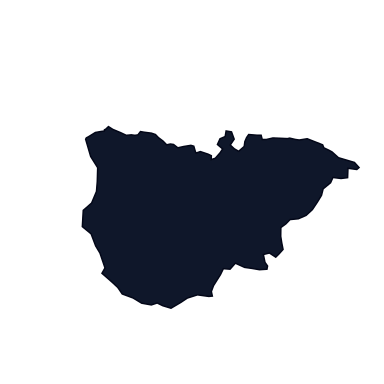 Agios Pavlos, Limassol, Cyprus (Robinson projection), rotated 38°
{"feature_id": "46923920B27663656308874", "entity_name": "Agios Pavlos", "entity_type": "district", "adm_level": 2, "iso_a3": "CYP", "parent_name": "Cyprus", "parent_adm1": "Limassol", "projection": "robinson", "projection_center": [33.049, 34.872], "detail": "fine", "context": "isolated", "style": "filled", "palette": "ink", "viewbox_px": 384, "rotation_deg": 38, "n_neighbors": 0, "source": "geoboundaries", "source_scale": "gbopen_adm2", "svg_char_len": 1685}
<svg xmlns="http://www.w3.org/2000/svg" viewBox="0 0 384 384"><g transform="rotate(38 192 192)"><path d="M308.6,69.9L301.8,68.7L286.3,74.8L277.7,74.2L274.1,74.8L268.7,76.0L265.9,74.4L250.0,79.1L244.5,85.0L241.0,87.0L235.8,89.4L234.3,91.2L229.2,94.8L222.5,99.6L218.3,104.8L215.0,107.4L211.5,104.7L208.6,107.0L201.3,111.8L201.5,115.5L202.6,119.7L205.1,124.0L203.7,131.2L198.7,131.9L193.2,131.4L192.7,124.4L186.1,120.3L181.3,122.9L184.0,127.9L181.3,132.8L182.8,138.9L189.6,139.2L190.0,143.6L189.6,151.0L187.2,154.6L184.9,151.5L181.3,152.3L173.7,155.0L171.2,158.8L169.8,158.1L165.2,154.8L162.4,155.9L157.4,161.3L153.6,165.9L148.2,165.9L145.4,167.5L143.0,170.4L137.8,169.7L132.0,169.8L127.8,169.2L123.8,170.6L117.2,174.5L114.2,176.1L114.2,180.3L112.1,182.5L109.0,184.3L105.3,187.8L99.1,189.2L91.1,191.4L85.9,191.9L85.1,197.0L84.8,197.0L85.3,198.1L83.4,199.9L79.2,204.6L76.4,212.2L75.4,214.4L75.7,215.9L90.3,226.4L102.7,230.9L111.0,242.2L116.4,250.4L119.7,262.5L117.6,273.4L126.9,286.8L138.3,287.1L149.3,293.8L157.1,296.8L170.2,305.4L171.1,311.5L183.8,312.2L192.2,312.9L199.8,315.3L210.8,311.8L220.8,310.6L229.5,306.0L232.9,300.9L239.0,299.6L247.0,296.5L251.2,285.8L253.6,278.5L259.6,269.7L269.6,263.9L272.1,261.5L268.5,258.5L266.6,252.5L265.3,239.6L263.9,233.1L269.5,229.4L270.0,221.4L279.9,219.0L286.1,215.4L293.0,211.7L298.6,206.7L297.1,203.8L292.8,202.5L286.7,197.3L290.6,192.4L298.1,191.8L298.7,187.1L299.1,181.2L293.9,176.7L289.2,172.3L283.9,165.3L285.6,159.3L286.2,153.4L292.3,147.6L296.3,140.2L297.7,131.8L297.0,122.6L296.1,114.9L293.4,108.8L295.5,99.4L294.1,93.8L301.1,89.6L305.8,84.9L300.3,77.3L308.0,72.8L308.6,69.9Z" fill="#0f172a" stroke="#020617" stroke-width="1.5"/></g></svg>